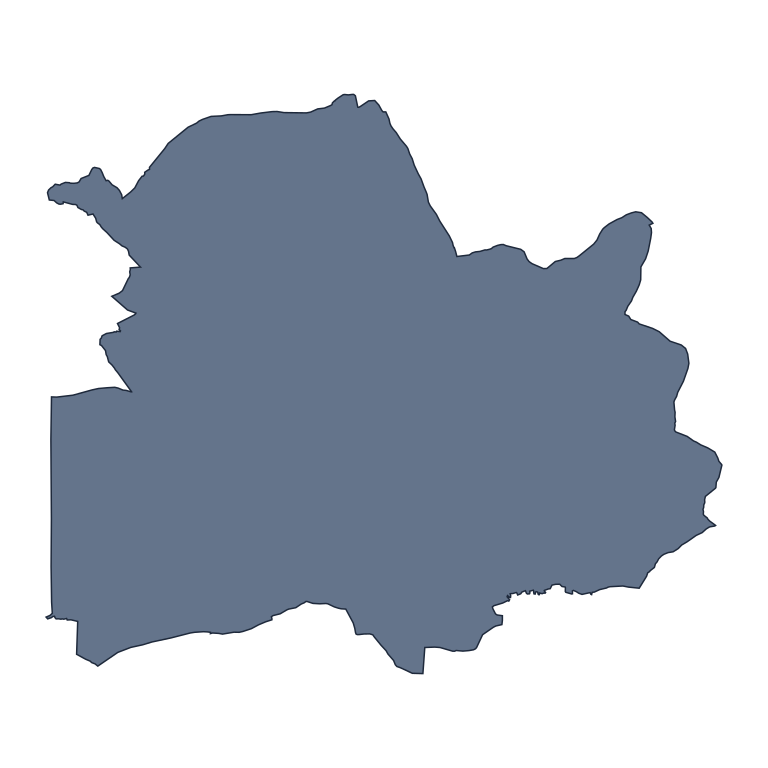 Rosiori, Bacau, Romania
{"feature_id": "2599482B59078130680921", "entity_name": "Rosiori", "entity_type": "district", "adm_level": 2, "iso_a3": "ROU", "parent_name": "Romania", "parent_adm1": "Bacau", "projection": "robinson", "projection_center": [27.105, 46.732], "detail": "fine", "context": "isolated", "style": "filled", "palette": "slate", "viewbox_px": 768, "rotation_deg": 0, "n_neighbors": 0, "source": "geoboundaries", "source_scale": "gbopen_adm2", "svg_char_len": 6052}
<svg xmlns="http://www.w3.org/2000/svg" viewBox="0 0 768 768"><path d="M715.6,525.4L709.6,521.0L707.8,519.1L707.3,518.0L703.9,515.3L703.3,514.2L703.5,511.6L703.0,509.4L703.7,507.4L703.8,504.8L704.7,502.9L704.8,501.9L704.6,499.8L705.4,496.4L715.5,488.2L715.9,487.5L716.3,482.1L718.9,477.5L721.9,465.1L721.7,464.6L718.9,461.3L717.8,458.0L714.8,452.1L707.8,447.9L700.6,444.8L696.5,442.2L693.5,440.9L687.2,436.4L675.9,432.0L674.8,430.8L674.4,429.8L675.1,425.3L674.8,423.1L675.6,421.5L674.9,416.9L675.1,412.2L674.6,410.1L673.9,402.0L674.6,400.0L676.6,396.4L677.7,392.4L683.4,381.3L687.9,368.5L688.9,363.3L687.7,354.1L685.6,348.5L681.3,345.0L670.1,341.2L659.2,331.7L652.6,328.4L639.2,323.9L637.6,322.1L630.8,319.5L628.7,316.1L625.0,314.5L625.0,311.8L626.2,310.2L627.8,306.3L631.5,300.9L632.8,297.4L636.3,291.3L639.2,284.9L640.7,279.9L640.9,266.9L645.6,258.8L648.2,251.0L650.7,238.4L651.5,232.6L651.2,228.5L649.2,225.1L652.9,223.3L652.0,221.9L647.2,217.4L641.5,212.7L635.7,211.8L631.4,212.9L626.3,214.8L621.8,217.7L617.1,219.5L609.1,223.9L604.2,227.7L602.7,229.2L599.7,234.0L597.0,240.0L593.7,244.1L579.4,255.7L576.9,257.5L574.3,258.5L564.8,258.5L560.8,260.2L555.3,261.5L546.9,268.5L543.4,268.6L532.1,263.7L529.1,261.6L527.1,259.0L524.1,251.8L520.7,249.3L506.1,245.7L503.3,244.5L500.9,244.6L497.5,245.4L493.1,247.1L491.4,248.6L489.8,249.2L486.5,250.0L485.0,249.9L480.0,251.4L475.4,251.9L472.2,252.9L469.3,255.0L456.9,256.5L455.6,251.5L454.4,247.8L454.1,247.9L453.1,245.4L452.5,242.5L449.3,235.9L439.8,221.1L436.4,214.4L430.2,205.8L428.4,202.1L427.1,194.4L426.1,191.8L424.0,186.9L421.1,178.9L418.3,173.9L414.2,165.1L412.2,158.7L409.7,154.0L407.9,148.6L406.5,146.3L400.3,139.0L396.3,132.7L392.9,128.7L391.0,125.9L389.9,123.3L389.0,119.0L385.8,111.9L383.1,111.9L381.9,110.6L378.8,105.0L374.7,100.5L368.6,100.9L360.3,106.5L358.8,107.3L357.8,107.2L355.4,95.8L353.7,94.4L352.4,94.4L348.3,94.9L344.8,94.5L343.2,94.7L338.1,98.0L335.4,100.1L334.9,100.9L334.4,100.9L332.4,102.9L332.0,104.7L330.4,105.6L324.4,108.1L317.7,108.9L310.6,112.1L306.4,112.9L283.9,112.6L277.1,111.5L272.3,111.6L260.8,113.0L251.2,114.7L230.6,114.6L228.0,114.7L221.3,115.9L211.1,116.4L202.5,119.4L199.0,121.1L196.6,123.1L188.1,127.2L168.2,143.4L164.8,148.5L149.5,167.3L149.5,169.4L148.0,170.0L144.7,172.3L144.8,174.0L143.9,175.5L143.4,176.1L142.1,176.2L138.6,180.7L134.8,187.9L130.5,192.1L122.3,198.6L121.7,194.8L119.4,190.4L117.0,187.7L112.1,184.8L108.9,181.0L107.7,180.3L106.1,180.7L103.8,176.6L102.2,172.6L100.6,169.5L99.4,168.5L94.5,167.4L92.9,168.0L91.7,169.6L88.9,175.4L81.1,178.5L79.1,181.9L77.3,182.9L74.0,183.3L70.3,183.2L69.5,182.7L65.4,182.4L61.1,184.1L60.0,185.1L55.2,184.2L52.7,186.8L51.0,187.7L48.6,190.0L47.5,192.7L49.3,200.0L54.1,200.5L56.7,202.9L59.0,204.1L60.6,204.2L63.1,203.7L63.3,201.9L72.6,204.4L75.5,204.5L76.9,205.2L77.9,207.5L81.4,209.5L83.0,209.8L84.2,211.1L86.7,212.3L88.0,215.2L93.0,214.0L95.7,218.3L96.6,221.8L97.5,222.9L99.8,224.6L101.4,227.2L103.0,229.0L106.9,232.5L114.2,240.4L119.4,243.7L122.0,245.9L124.9,247.1L126.9,248.5L127.6,249.3L128.5,251.3L129.2,255.1L140.5,267.1L130.2,267.9L130.3,269.6L129.7,271.8L130.2,274.9L129.3,277.4L128.3,278.6L122.5,290.6L119.3,293.1L111.8,296.3L127.5,310.0L135.9,313.1L135.6,313.8L134.2,315.0L117.5,323.5L119.6,327.8L119.1,329.5L120.5,330.8L120.2,331.6L116.6,331.2L116.2,332.0L114.1,331.8L113.7,332.3L106.4,333.5L102.1,335.8L101.2,338.3L100.1,339.3L99.9,344.7L101.5,345.5L105.5,350.6L106.2,354.7L107.3,356.6L108.7,361.9L111.9,364.9L114.5,368.2L115.3,369.7L117.8,372.7L131.6,391.8L131.2,391.9L126.2,390.4L123.0,390.1L118.2,388.1L114.8,387.3L107.8,387.7L98.5,388.5L92.1,389.9L72.9,395.2L56.7,397.1L51.5,396.9L50.9,439.2L51.4,518.9L51.1,566.5L51.6,602.0L52.3,613.3L50.0,615.4L46.1,617.1L47.7,618.9L51.5,617.6L52.8,616.5L54.5,616.3L55.0,617.7L56.1,618.9L58.5,618.8L61.0,619.2L62.1,618.9L63.8,619.2L66.6,618.5L67.2,620.0L70.9,619.8L77.7,621.4L76.6,654.3L85.6,659.2L90.1,661.1L91.7,662.6L95.1,663.9L97.8,666.1L117.8,652.4L130.8,647.4L142.7,644.8L151.9,642.0L171.1,637.9L190.2,633.0L194.6,632.3L203.5,631.7L207.3,631.9L210.5,632.3L210.4,633.6L212.5,633.0L218.8,633.4L222.5,634.1L234.0,632.2L239.2,632.3L242.8,631.5L251.3,628.7L258.6,624.8L265.7,621.8L271.9,619.8L271.9,618.5L271.4,616.7L273.0,615.6L280.2,613.8L286.8,609.9L288.7,609.1L295.8,607.7L301.3,604.0L304.2,602.8L305.9,601.5L307.1,601.5L312.9,603.4L319.7,603.8L325.9,603.5L327.8,603.8L334.3,606.9L338.4,608.2L341.1,608.8L345.8,609.1L353.2,622.9L354.8,628.4L355.5,632.5L356.1,634.1L357.3,634.6L358.8,634.6L364.0,634.0L369.8,633.9L372.8,634.8L374.4,637.1L381.0,645.2L386.1,650.7L388.0,654.1L393.6,660.5L395.3,664.7L396.9,666.5L400.1,667.6L412.3,673.3L422.9,673.6L424.8,647.5L434.7,647.1L440.0,647.5L452.7,651.2L454.7,651.2L456.1,650.5L462.9,651.1L468.9,650.6L473.5,649.8L475.5,648.8L476.6,647.5L482.6,634.7L493.3,627.3L495.8,626.0L501.9,624.6L502.4,620.5L502.4,615.7L497.3,615.0L496.0,614.3L495.3,613.5L492.8,608.6L492.4,606.9L493.9,605.7L502.8,603.0L507.5,600.7L508.8,601.1L509.6,599.7L507.1,596.8L507.5,595.6L509.7,597.4L510.5,597.5L510.7,595.7L510.2,593.7L512.9,593.5L516.3,592.5L516.8,592.9L517.7,595.0L520.7,593.8L522.0,592.0L525.4,590.7L526.5,593.4L527.5,594.0L529.5,593.8L529.9,592.9L529.7,591.2L533.3,590.2L533.7,591.1L533.7,592.8L534.1,594.0L535.3,594.0L535.5,592.3L536.1,591.7L537.6,592.1L538.2,594.3L539.0,594.8L539.4,594.6L539.5,593.0L542.1,593.7L543.6,593.1L545.2,593.1L545.6,592.5L544.2,590.8L544.4,590.4L548.2,589.0L550.2,588.7L552.0,585.1L555.6,584.3L559.7,584.2L562.0,586.5L565.1,587.0L565.4,587.5L565.3,591.5L565.8,592.3L571.7,594.0L572.5,593.8L572.4,590.9L573.4,590.4L576.4,591.7L578.7,593.2L582.0,594.4L590.1,592.6L590.8,594.2L591.6,594.6L592.2,592.3L594.3,592.1L599.7,589.6L606.5,588.0L608.2,587.1L610.1,586.7L622.9,586.0L628.5,587.1L639.2,588.2L646.6,576.2L647.7,572.8L649.6,571.6L650.1,570.8L654.4,567.4L655.4,563.8L657.0,562.0L658.7,558.8L661.4,556.0L663.9,554.3L668.1,552.6L673.1,551.8L678.2,548.6L681.7,545.0L687.1,541.8L696.2,535.4L702.2,532.6L706.3,528.9L709.6,526.9L714.8,526.0L715.6,525.4Z" fill="#64748b" stroke="#1e293b" stroke-width="1.5"/></svg>